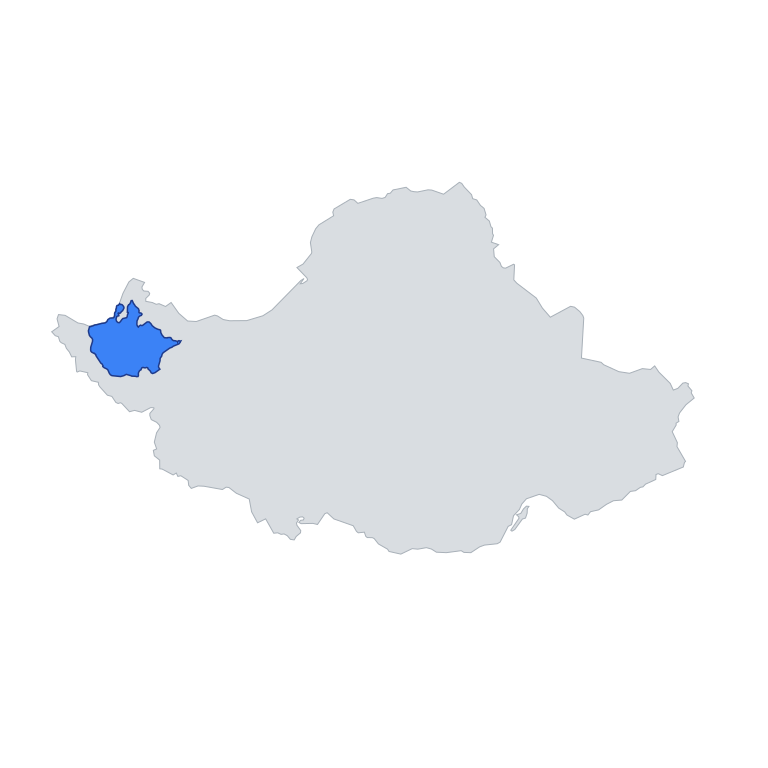 East Azarbaijan on a map of Iran (Albers equal-area conic projection), rotated 332°
{"feature_id": "IRN-3238", "entity_name": "East Azarbaijan", "entity_type": "Province", "adm_level": 1, "iso_a3": "IRN", "parent_name": "Iran", "parent_adm1": "", "projection": "albers", "projection_center": [46.749, 37.961], "detail": "fine", "context": "in_parent", "style": "filled", "palette": "blue", "viewbox_px": 768, "rotation_deg": 332, "n_neighbors": 0, "source": "natural_earth", "source_scale": "10m", "svg_char_len": 6606}
<svg xmlns="http://www.w3.org/2000/svg" viewBox="0 0 768 768"><g transform="rotate(332 384 384)"><path d="M361.8,240.3L368.8,240.1L381.2,234.7L382.2,233.6L385.4,224.6L389.4,220.2L396.5,214.9L401.3,212.9L418.5,211.8L419.5,208.2L422.1,206.0L440.9,205.1L444.0,207.4L445.7,212.2L461.8,214.9L465.1,216.0L469.4,219.2L472.6,219.8L476.5,217.6L479.1,218.5L483.1,216.9L495.9,220.7L498.2,226.1L500.8,228.3L503.8,230.2L514.0,233.2L517.2,235.2L525.7,244.4L545.2,241.3L546.8,243.3L547.3,247.7L550.2,257.9L549.3,262.0L552.3,265.0L553.0,271.6L554.8,275.9L553.5,282.6L551.4,284.2L553.5,289.6L552.3,295.3L552.9,297.3L550.4,302.3L550.5,304.1L545.4,309.2L550.6,314.8L544.2,316.1L541.1,323.4L543.4,331.1L542.9,335.3L543.9,337.5L545.8,338.8L554.7,339.1L555.2,340.1L547.5,353.0L548.6,357.4L558.8,379.6L559.5,391.3L562.2,403.1L585.2,403.0L588.3,405.6L590.9,412.0L591.7,416.9L591.3,419.6L570.5,453.8L585.9,466.8L587.0,470.1L597.2,483.4L605.8,489.8L619.3,491.7L626.2,496.3L631.5,495.1L632.3,502.6L637.0,517.8L636.6,525.2L641.4,525.8L648.3,523.5L651.0,524.4L652.9,526.7L651.4,528.5L652.7,534.5L651.1,536.1L651.3,542.0L640.8,544.1L631.4,548.3L628.2,551.1L626.8,555.5L623.5,555.7L622.7,557.4L616.1,561.4L615.5,573.5L613.3,576.8L613.9,593.9L612.4,594.4L609.3,597.8L586.8,595.6L584.0,591.9L581.7,591.6L579.1,595.9L567.9,595.2L564.3,596.4L561.9,595.6L556.0,596.3L551.1,594.5L539.5,598.1L531.8,594.8L523.9,594.7L514.4,595.9L506.4,593.7L502.5,595.4L500.4,593.4L488.6,592.7L484.0,585.5L483.5,581.8L480.0,575.6L478.0,566.1L474.7,559.4L469.2,554.3L455.9,552.2L449.3,554.7L444.6,558.4L436.5,561.1L430.6,568.1L426.8,568.0L412.3,578.1L409.0,578.2L397.1,573.4L391.9,572.7L381.5,573.7L375.5,570.2L373.9,567.4L359.9,562.2L351.3,557.1L348.4,552.0L344.6,548.4L336.3,545.7L331.6,542.6L319.0,542.1L309.8,534.2L309.6,531.5L304.0,522.6L302.8,515.9L301.6,514.2L297.1,511.7L296.4,509.9L297.1,505.6L291.4,503.3L290.5,501.2L290.3,494.7L276.4,479.6L273.4,471.0L270.9,470.7L259.3,476.8L255.8,473.7L245.3,468.4L243.8,466.3L246.3,465.2L249.0,466.2L250.5,465.0L249.8,463.1L247.2,462.0L243.7,462.2L244.7,463.9L241.4,465.7L240.8,467.9L241.7,474.3L240.4,476.2L234.9,477.4L231.5,479.5L228.4,477.2L227.4,472.5L225.4,469.5L222.5,468.4L220.3,465.5L216.6,464.0L216.2,447.5L207.2,447.2L207.1,434.7L211.0,422.3L202.3,411.1L198.5,402.6L196.2,401.0L191.8,401.3L177.0,389.7L171.9,386.7L164.8,385.7L164.0,381.7L165.8,377.2L162.5,371.3L161.5,369.6L158.6,368.8L158.8,365.1L155.1,365.3L148.2,355.0L146.2,353.6L150.2,345.9L147.5,339.6L149.2,334.3L152.8,334.6L153.9,327.5L160.3,320.3L165.9,317.2L166.4,315.1L165.3,311.1L161.8,306.2L162.4,302.0L163.5,300.0L169.3,297.8L169.6,296.9L166.9,295.3L156.8,295.2L151.4,290.2L146.3,289.0L143.4,278.1L142.5,276.8L140.1,276.4L138.6,274.4L137.9,267.2L134.5,264.0L131.8,253.3L131.6,250.7L132.6,248.4L127.2,243.7L126.6,236.6L127.8,235.0L121.6,229.7L118.7,229.4L118.5,228.5L123.0,217.6L124.7,215.2L121.0,213.4L121.2,208.0L120.3,203.5L120.8,199.2L118.4,196.0L117.8,194.1L118.7,189.4L116.4,187.0L115.1,181.9L124.1,180.7L125.9,173.0L129.2,169.9L134.7,173.7L142.4,186.4L147.1,190.1L150.6,194.4L167.5,198.9L171.2,197.5L177.0,197.8L184.3,190.1L187.7,189.1L196.2,181.3L206.7,174.1L212.2,173.0L220.3,181.9L215.8,184.7L215.0,186.9L215.6,189.1L219.2,191.4L219.7,193.9L218.5,195.2L213.8,196.6L212.5,199.2L217.7,203.3L220.3,206.7L223.1,207.5L227.5,213.0L234.3,212.1L236.0,225.3L240.2,236.2L247.6,240.7L266.8,243.7L268.9,245.7L272.3,251.6L277.4,255.7L292.6,263.6L309.1,266.9L319.9,266.0L359.1,253.6L362.9,253.3L357.1,256.2L359.4,257.1L364.5,256.7L365.6,255.7L365.7,254.0L361.8,240.3ZM452.0,561.4L449.7,565.3L446.0,568.8L442.8,568.2L431.1,573.9L427.9,574.0L427.3,572.6L440.2,565.9L440.6,564.5L439.6,561.7L444.0,562.5L448.5,559.8L452.4,558.7L454.5,560.1L452.0,561.4Z" fill="#d9dde1" stroke="#a8b0b8" stroke-width="1"/><path d="M172.7,197.2L173.0,197.2L175.6,198.4L176.0,198.5L176.5,198.5L177.0,198.3L177.4,198.0L177.8,197.7L178.1,197.3L178.4,196.9L179.1,195.5L179.4,195.0L179.9,194.6L181.3,193.9L181.7,193.5L182.1,192.6L182.4,192.1L182.6,191.9L183.0,191.7L183.3,191.4L184.0,190.3L184.3,189.9L184.7,189.6L185.1,189.4L185.5,189.4L186.2,189.7L186.5,189.8L186.8,189.7L188.3,188.9L188.5,189.5L188.6,189.9L188.9,190.3L189.7,190.6L190.1,191.3L190.5,193.2L190.4,193.8L190.3,194.4L189.8,195.1L187.6,196.6L186.1,196.8L185.1,197.4L184.0,197.6L182.9,196.6L182.4,196.7L182.3,197.2L182.3,198.1L182.1,199.0L181.8,199.3L180.5,198.9L179.6,199.0L179.3,199.5L178.7,199.9L177.7,201.2L177.3,203.2L178.0,204.9L179.2,205.6L180.9,205.0L182.6,204.1L184.2,203.6L187.9,204.6L189.0,203.8L189.9,202.5L191.4,201.4L191.7,200.9L191.4,200.8L191.0,200.3L193.8,195.4L195.7,194.1L196.7,194.2L198.3,193.2L199.9,191.7L200.9,192.1L200.6,195.7L200.9,196.2L201.0,198.6L202.5,202.2L202.2,204.3L201.3,205.5L201.4,206.4L202.7,207.1L203.2,208.7L202.0,209.5L200.2,209.3L198.5,209.8L197.5,210.9L195.5,212.4L194.7,213.8L194.1,214.7L193.6,215.8L193.5,217.4L193.8,218.4L195.0,217.9L196.6,217.7L197.4,218.5L197.7,218.8L198.4,218.9L204.0,218.0L205.7,218.9L206.5,221.2L206.7,223.7L208.0,226.8L210.0,229.5L211.7,231.0L211.9,231.6L211.7,232.4L211.1,233.6L211.0,236.5L211.8,240.0L214.2,241.5L214.4,241.4L214.9,241.5L216.8,242.4L217.5,243.0L217.7,245.3L218.4,246.8L220.0,247.8L220.5,248.4L221.7,249.3L221.5,249.9L221.9,249.6L222.3,249.5L223.1,249.4L223.5,249.6L223.9,250.3L224.1,250.3L224.4,250.5L224.8,250.6L224.5,250.8L223.6,251.5L221.8,252.3L215.7,251.7L214.1,252.0L211.7,251.7L203.8,252.7L202.9,253.1L202.0,253.6L200.7,255.1L199.0,255.9L198.2,256.5L197.2,258.3L193.4,262.2L192.9,263.2L192.9,264.7L193.1,265.7L187.1,266.5L184.6,266.1L183.7,264.8L183.7,262.7L182.7,259.8L183.0,259.3L182.9,258.6L182.1,257.9L180.8,257.7L179.8,257.0L179.0,256.2L177.9,256.0L176.8,256.7L176.1,257.4L175.5,257.3L174.2,257.6L172.7,258.6L171.9,259.6L171.5,260.5L171.4,260.8L171.0,261.4L170.3,261.9L169.1,261.4L168.0,260.4L164.9,258.6L164.4,257.8L161.0,254.5L158.3,254.5L155.0,253.8L147.7,248.9L146.8,247.5L146.5,245.8L146.8,241.8L146.2,240.4L144.6,238.3L144.4,237.7L144.1,237.1L143.9,236.6L144.0,236.3L144.2,236.1L144.5,235.9L144.4,233.9L144.4,233.7L143.8,232.8L143.0,224.2L143.1,223.2L143.3,222.9L143.2,222.5L143.1,222.0L142.9,221.7L142.7,221.5L142.6,221.3L142.6,220.9L142.4,220.9L140.9,218.7L140.6,217.6L140.9,216.3L142.3,213.9L146.6,209.6L147.6,207.9L147.6,206.3L147.0,204.7L146.7,202.8L147.5,199.5L148.0,198.2L150.8,195.3L150.9,195.2L151.3,195.3L151.8,195.6L152.1,195.7L152.8,195.7L154.2,196.0L156.4,196.1L157.7,196.6L158.2,196.8L163.4,198.0L165.0,198.7L166.4,199.1L166.7,199.1L168.3,198.9L168.8,198.7L170.1,197.7L170.5,197.5L170.9,197.4L171.8,197.4L172.4,197.2L172.7,197.2Z" fill="#3b82f6" stroke="#1e3a8a" stroke-width="1.5"/></g></svg>